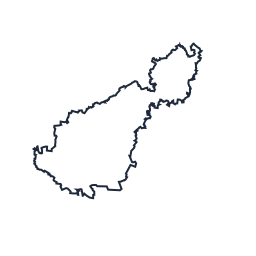 outline of Cienaga De Oro, Córdoba, Colombia, rotated 244°
{"feature_id": "7082276B90107957997642", "entity_name": "Cienaga De Oro", "entity_type": "district", "adm_level": 2, "iso_a3": "COL", "parent_name": "Colombia", "parent_adm1": "Córdoba", "projection": "mercator", "projection_center": [-75.574, 8.811], "detail": "fine", "context": "isolated", "style": "outline", "palette": "slate", "viewbox_px": 256, "rotation_deg": 244, "n_neighbors": 0, "source": "geoboundaries", "source_scale": "gbopen_adm2", "svg_char_len": 5949}
<svg xmlns="http://www.w3.org/2000/svg" viewBox="0 0 256 256"><g transform="rotate(244 128 128)"><path d="M86.9,106.4L87.9,106.1L93.7,114.1L90.0,117.5L92.6,119.8L94.6,119.6L94.9,117.5L95.6,116.7L102.1,117.1L101.5,117.7L106.0,120.9L107.4,124.7L108.6,125.9L109.8,125.7L111.6,129.6L112.6,129.3L113.7,128.4L113.8,129.4L114.8,131.2L117.8,131.4L118.0,131.6L118.0,132.3L120.5,133.2L120.9,132.2L121.7,132.2L122.0,133.6L121.4,134.3L121.4,135.3L122.5,135.0L123.1,137.8L123.5,138.1L123.6,139.7L121.7,140.3L121.4,141.9L120.5,143.6L121.7,143.6L121.7,144.1L123.4,144.1L123.6,143.7L124.4,143.7L126.8,146.5L127.4,147.6L127.9,147.6L128.6,147.1L128.9,148.1L127.8,149.0L128.1,149.5L127.6,151.0L127.8,151.6L127.2,152.0L127.8,153.0L128.6,153.4L131.0,153.0L131.1,152.3L130.7,152.2L131.2,151.3L132.3,151.6L132.1,153.8L133.5,153.7L133.2,152.2L134.0,152.0L134.8,152.5L134.7,153.3L133.7,154.7L134.0,155.3L135.5,156.2L137.7,156.5L137.8,157.0L138.8,157.4L139.3,159.2L140.0,159.7L139.9,160.2L137.8,159.5L137.3,159.8L137.7,160.8L138.1,160.8L138.8,161.5L138.4,162.0L136.6,160.7L136.0,161.6L134.7,160.8L132.9,163.4L135.4,164.8L135.3,166.6L136.0,166.0L137.2,166.4L138.0,167.7L138.0,168.4L139.4,169.4L138.8,170.3L138.0,170.1L137.7,170.3L138.1,170.5L136.9,171.3L136.4,171.0L136.0,171.4L135.7,172.8L135.9,174.5L135.5,175.1L134.4,175.9L132.7,175.6L131.8,173.3L129.7,174.6L131.9,176.2L131.7,178.5L132.6,179.1L132.8,180.6L130.4,179.6L128.8,180.6L129.2,181.0L128.5,183.0L131.8,185.2L130.9,186.8L128.9,188.2L127.2,187.8L126.7,189.2L127.4,189.6L128.4,189.2L129.0,189.9L128.9,191.5L129.7,192.5L129.9,195.6L130.3,196.3L130.0,196.6L130.2,196.9L130.9,197.3L131.5,196.4L132.3,196.4L133.1,196.0L133.8,196.5L131.5,198.3L133.0,199.5L136.1,200.9L135.7,201.5L135.9,201.7L137.9,201.8L139.2,201.4L141.1,201.7L142.2,202.1L144.0,203.4L144.3,203.7L143.3,206.5L144.1,206.5L144.2,207.1L143.3,207.1L142.9,209.2L144.4,209.2L144.9,208.5L146.1,209.5L145.6,210.2L147.0,210.8L146.9,213.3L147.8,213.4L148.9,214.1L149.3,215.0L150.3,214.0L151.9,215.7L152.6,215.6L154.0,216.4L156.6,217.2L155.8,218.3L157.0,220.0L157.1,222.0L158.9,224.1L160.2,222.3L161.2,222.5L161.7,224.9L164.5,224.4L165.1,226.1L164.6,226.2L164.5,226.5L165.0,227.8L165.6,227.1L168.3,227.2L169.6,226.2L173.9,224.2L175.0,224.1L175.2,223.8L174.5,222.1L173.4,220.6L173.6,220.1L170.1,219.2L169.7,220.9L169.0,221.8L167.8,221.5L166.9,220.4L165.4,220.7L164.5,219.2L165.0,215.5L164.9,214.7L165.8,214.1L165.9,213.7L166.6,214.2L166.9,214.1L167.2,213.6L167.8,213.7L168.4,213.2L169.4,213.7L172.4,213.9L172.9,213.4L174.4,213.8L174.5,213.4L175.0,213.5L175.7,212.6L176.8,213.1L177.2,212.6L177.8,212.5L177.7,211.8L178.3,211.8L178.5,211.3L179.4,211.2L178.5,210.8L180.4,209.7L180.1,208.1L180.3,206.9L178.2,207.2L177.4,204.5L178.2,202.7L178.7,202.7L178.5,201.2L177.2,200.0L176.7,200.1L176.2,197.0L175.9,196.8L175.4,195.3L175.7,194.7L173.9,193.2L174.9,191.1L175.5,188.6L176.6,187.4L176.0,187.2L175.2,186.3L175.6,185.9L175.4,183.8L177.1,183.6L176.8,182.2L179.6,181.8L179.6,180.8L177.4,178.8L174.1,181.1L173.3,181.1L171.6,178.1L170.2,176.7L170.2,175.4L170.8,174.3L170.2,173.1L167.7,172.8L167.7,170.8L167.1,170.5L165.4,170.6L165.2,170.3L162.6,170.9L162.0,170.5L161.6,170.9L161.4,169.9L161.6,169.2L161.1,168.8L160.1,168.8L159.7,167.6L157.5,167.7L156.9,168.5L157.0,169.0L156.0,169.4L156.4,170.9L156.3,171.8L154.8,172.1L154.1,169.9L153.5,169.8L153.7,168.8L150.8,169.1L149.6,167.6L150.4,166.8L151.4,164.4L153.1,164.4L152.7,163.6L153.4,162.5L155.8,163.0L156.2,161.1L156.3,158.8L157.0,157.1L160.4,157.1L161.0,156.0L162.0,156.7L162.7,156.0L164.9,156.5L165.9,156.2L167.1,154.6L166.8,153.1L166.9,151.7L166.4,150.1L166.3,145.2L165.7,143.7L166.3,144.0L167.5,142.6L167.1,142.4L167.5,139.2L167.2,137.7L166.6,137.0L165.4,137.0L163.8,132.7L162.8,131.5L162.8,130.5L163.6,129.2L163.2,128.3L163.5,127.3L163.6,124.9L163.3,124.3L162.2,123.5L162.4,122.9L161.9,122.5L162.2,121.9L161.5,121.2L162.3,120.1L162.3,119.4L162.1,119.3L162.2,118.6L161.9,118.6L162.2,118.4L162.1,117.8L161.7,117.7L162.2,117.2L162.6,115.3L162.0,113.3L163.1,112.3L163.5,111.7L164.5,111.3L164.9,109.1L164.4,108.5L164.6,107.0L162.9,106.6L163.1,106.2L162.7,105.9L162.9,105.7L162.4,105.1L162.4,104.0L162.8,103.6L163.2,103.6L163.4,103.0L163.3,102.1L163.7,101.9L163.1,101.5L163.1,100.5L162.8,100.2L163.3,99.3L163.1,99.0L162.2,98.8L160.4,95.4L162.0,93.9L164.1,94.2L165.0,91.9L164.7,91.9L164.0,89.9L164.5,89.9L164.8,88.7L168.0,85.2L166.9,83.8L166.6,83.9L166.3,83.0L167.4,81.6L164.6,79.8L164.0,78.9L163.8,79.0L163.2,77.9L162.0,76.6L159.4,76.8L159.1,75.5L160.9,75.4L160.9,73.7L163.3,70.3L162.0,69.5L160.1,69.4L160.6,66.9L162.2,62.8L160.8,61.9L159.2,62.3L155.8,59.5L153.3,58.7L152.6,60.0L151.7,60.1L149.2,57.5L147.2,56.7L144.2,54.7L143.6,54.7L142.6,50.2L140.7,49.2L143.3,45.2L146.7,47.1L147.3,46.3L148.0,42.9L147.9,41.4L145.8,41.1L143.1,39.7L143.2,38.7L144.0,38.4L144.2,37.5L146.2,37.2L151.1,38.6L151.1,38.2L149.9,37.2L147.9,37.2L148.1,36.4L149.9,36.2L150.3,35.0L150.7,35.0L150.5,34.0L148.7,35.1L148.1,34.5L148.0,33.8L145.1,32.3L144.3,33.3L144.1,32.8L142.7,32.5L140.9,31.1L141.3,30.5L140.1,30.0L139.8,29.3L138.7,29.2L138.4,29.5L137.2,28.2L136.6,28.9L135.6,28.5L133.9,28.6L133.7,29.0L132.9,28.8L132.8,28.5L131.2,29.2L130.7,28.8L130.1,29.8L129.3,30.2L128.7,31.6L125.6,33.3L126.2,33.8L126.2,34.3L122.9,36.5L122.6,36.3L121.5,37.4L120.6,37.0L120.6,36.6L119.4,37.8L118.5,37.4L117.6,39.1L115.6,40.1L114.0,38.3L113.0,38.4L110.6,40.1L109.5,39.3L107.2,42.9L105.6,42.8L105.1,41.7L101.3,41.6L101.1,46.0L99.9,47.3L96.1,48.6L94.8,47.5L93.0,50.4L91.4,53.9L90.0,53.6L89.8,53.9L91.3,54.2L91.1,54.5L91.7,54.7L92.4,54.9L92.5,54.5L93.5,54.8L93.2,56.0L95.0,55.0L94.3,56.3L93.7,58.9L93.1,59.3L87.0,57.6L86.9,58.1L88.2,59.9L85.1,61.3L82.2,63.1L80.2,65.9L83.1,67.4L82.7,68.4L85.7,69.8L87.6,69.0L88.8,69.5L89.5,68.9L92.2,68.6L92.4,70.4L92.0,71.7L90.8,74.3L89.2,74.8L84.8,83.3L81.3,83.1L75.6,93.4L76.1,95.5L83.6,96.2L83.0,97.8L82.8,101.6L82.6,101.6L82.5,102.1L82.7,103.1L84.2,105.6L85.1,104.9L86.9,106.4Z" fill="none" stroke="#1e293b" stroke-width="2"/></g></svg>